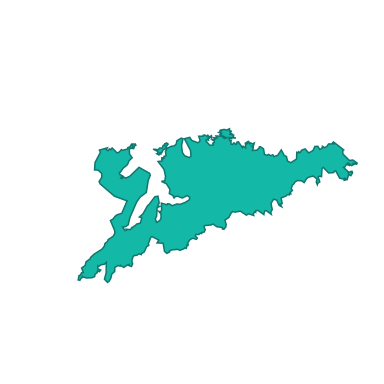 outline of Moskenes nor, Norway, rotated 229°
{"feature_id": "86288312B19862201560696", "entity_name": "Moskenes nor", "entity_type": "district", "adm_level": 2, "iso_a3": "NOR", "parent_name": "Norway", "parent_adm1": "", "projection": "albers", "projection_center": [12.984, 67.935], "detail": "fine", "context": "isolated", "style": "filled", "palette": "teal", "viewbox_px": 384, "rotation_deg": 229, "n_neighbors": 0, "source": "geoboundaries", "source_scale": "gbopen_adm2", "svg_char_len": 6096}
<svg xmlns="http://www.w3.org/2000/svg" viewBox="0 0 384 384"><g transform="rotate(229 192 192)"><path d="M284.4,149.6L282.1,149.0L277.9,138.2L272.6,132.9L270.2,135.5L265.3,136.0L262.3,133.6L260.8,128.7L258.3,128.0L239.7,130.7L227.9,137.2L222.0,125.1L224.0,120.3L224.1,118.0L223.4,114.5L224.0,111.7L213.8,108.4L211.6,106.9L210.3,103.4L211.1,97.4L210.2,96.1L210.2,92.4L208.7,90.6L207.9,86.4L209.3,77.5L209.2,73.1L208.4,70.8L208.9,66.4L206.6,63.1L207.1,58.8L202.5,57.2L203.5,55.6L202.5,53.3L203.1,51.9L200.3,48.4L198.9,49.4L200.1,53.3L199.2,52.6L199.7,53.7L196.3,56.0L192.9,60.3L192.0,63.0L193.5,64.8L193.3,67.7L194.5,69.0L192.6,69.9L193.0,71.9L195.9,70.5L198.0,72.3L197.1,72.5L196.7,75.9L195.0,78.2L195.1,81.2L187.3,74.1L183.6,68.7L179.2,68.9L179.0,70.7L180.0,73.9L182.7,77.7L182.7,81.5L185.7,84.2L185.1,87.8L183.2,89.1L183.6,89.9L179.8,91.0L179.4,95.2L178.6,96.9L178.3,95.9L175.5,97.4L176.7,100.0L179.5,101.4L181.8,104.9L182.1,106.3L180.3,109.2L180.3,111.2L178.1,112.6L178.7,113.0L178.1,116.6L180.5,121.8L180.1,124.4L181.7,125.2L184.7,130.9L184.7,132.5L177.5,135.4L176.5,132.2L172.3,136.6L165.3,132.3L162.2,132.7L161.4,135.7L162.4,136.4L161.3,139.2L158.0,143.7L156.0,144.5L154.4,148.8L154.6,149.9L153.2,150.7L155.2,153.3L154.3,153.7L154.8,154.6L156.4,155.5L157.4,159.4L156.6,162.2L153.4,164.3L153.7,165.8L156.7,165.7L157.4,167.0L155.4,169.3L155.5,171.3L154.3,172.0L154.8,173.1L153.8,175.0L154.9,177.4L157.9,178.1L158.3,179.6L154.7,184.6L154.0,186.9L149.6,187.9L145.4,191.5L144.0,190.7L143.2,191.4L143.7,191.5L143.1,192.8L143.3,194.3L145.0,196.5L149.2,198.4L148.6,203.0L150.5,208.0L150.4,210.2L148.7,211.1L145.8,215.9L138.8,217.9L138.5,220.3L133.8,223.2L135.2,223.7L135.8,226.3L134.9,226.7L136.1,227.6L134.8,229.7L127.8,231.4L129.3,233.3L129.9,235.0L129.5,235.7L123.2,237.2L125.2,238.2L126.0,241.0L131.5,244.1L133.0,248.8L130.4,250.6L124.7,249.0L122.1,250.0L125.0,250.7L124.1,252.5L129.0,255.3L127.3,260.4L127.4,262.4L126.0,263.5L126.9,264.7L125.7,265.2L127.3,266.3L127.3,268.8L129.4,269.1L131.4,272.3L131.2,273.7L132.0,276.5L131.4,279.2L128.6,282.0L125.5,282.8L126.8,287.0L126.8,289.3L124.5,294.0L119.8,294.8L118.0,292.3L115.3,291.4L116.0,292.5L115.8,295.1L120.6,297.1L120.5,298.4L118.6,299.8L124.4,305.5L124.5,307.2L116.7,307.6L113.8,311.5L114.2,313.7L113.5,314.3L105.6,312.5L101.9,315.2L101.0,314.5L100.1,316.4L101.3,316.6L99.6,317.3L102.4,321.6L100.1,322.6L101.1,325.7L102.9,325.5L101.9,326.8L103.3,325.6L103.6,321.8L104.1,323.3L111.2,322.5L110.6,324.1L111.6,326.7L108.2,328.5L111.5,327.7L111.6,328.8L107.3,329.6L106.6,332.1L107.7,332.3L106.2,333.5L107.3,333.4L105.1,334.8L105.5,335.6L110.6,334.4L112.5,331.5L121.8,330.8L124.5,333.2L124.3,334.1L137.0,331.6L136.8,330.3L135.5,330.4L138.7,326.5L137.9,323.9L138.4,321.2L140.2,320.7L139.6,320.5L140.4,319.5L139.7,319.1L140.2,316.3L144.0,316.9L145.8,314.6L143.9,310.6L144.9,305.7L150.3,305.7L151.7,302.0L150.8,299.9L151.4,299.4L150.5,299.1L152.5,298.9L152.1,297.6L153.2,297.1L148.3,292.5L149.3,285.8L152.7,284.4L156.9,286.6L159.0,285.6L165.2,287.0L163.5,280.8L165.0,277.0L167.1,277.4L167.7,275.2L170.2,274.5L170.3,272.7L172.9,271.4L177.7,274.3L181.4,273.3L181.9,272.5L181.2,271.6L181.0,268.3L183.7,264.9L185.1,267.3L187.2,267.2L186.2,268.2L188.1,271.1L188.5,269.4L190.6,268.4L190.5,267.2L192.8,267.9L192.4,266.2L193.6,266.6L193.5,264.7L194.4,264.0L192.0,264.7L193.0,263.8L190.1,261.4L193.1,260.6L192.4,259.1L199.4,260.0L200.2,258.6L199.1,257.5L199.2,256.2L201.1,256.2L201.8,255.4L201.1,253.9L202.5,252.9L205.0,254.9L204.9,256.0L205.4,254.4L206.7,254.3L207.7,254.9L206.7,256.4L208.5,256.0L203.9,260.4L206.7,259.0L207.6,260.8L210.2,258.8L209.8,260.2L211.4,259.6L212.5,260.2L211.8,260.6L212.2,261.5L214.0,260.6L215.1,261.8L216.2,258.5L218.0,257.5L218.9,256.1L219.0,254.2L219.8,254.6L220.1,253.5L218.9,252.7L219.3,251.4L216.9,252.9L217.0,250.8L210.2,253.5L211.1,251.6L214.6,251.0L218.6,246.8L216.3,246.3L218.7,244.1L216.7,244.0L218.1,241.5L216.1,242.3L214.8,241.4L215.2,239.7L213.5,238.8L215.6,236.1L221.2,236.0L222.2,237.1L220.3,238.4L222.1,239.3L221.3,240.4L222.0,241.0L221.7,242.1L219.2,241.9L221.8,243.6L222.2,241.0L224.4,241.2L224.0,240.0L226.8,238.9L227.5,237.7L226.8,236.9L229.7,233.7L225.6,231.9L225.0,230.0L225.4,228.7L231.2,225.6L234.7,226.2L237.2,221.2L224.2,218.1L219.6,214.6L219.9,212.4L224.3,210.2L228.2,210.7L233.8,214.5L238.1,220.1L239.7,219.3L240.6,214.2L238.5,211.4L238.5,208.6L240.0,206.6L241.4,201.8L243.0,201.8L243.8,205.4L245.6,205.1L246.3,203.0L245.0,201.9L246.1,201.1L244.8,198.0L246.4,196.5L246.2,194.1L249.9,190.8L245.1,192.7L243.7,191.7L244.0,190.5L241.6,191.4L241.9,192.8L241.3,193.2L242.6,193.6L241.4,194.7L242.7,198.0L242.0,200.4L240.6,200.6L240.2,198.7L236.3,196.1L237.3,194.2L235.9,193.3L237.6,191.7L236.8,190.9L236.4,192.1L235.1,189.6L237.3,186.4L227.3,185.7L221.2,182.3L218.1,178.7L219.8,176.6L219.5,176.1L214.9,178.1L208.3,177.0L205.7,173.8L202.0,175.3L199.5,174.5L199.1,174.9L199.8,176.1L198.2,178.4L193.8,180.7L192.4,186.1L189.5,186.8L187.9,184.9L188.6,180.0L190.5,174.9L192.9,172.7L194.6,168.1L197.7,167.2L199.2,165.8L198.8,164.7L203.7,161.6L198.5,157.4L197.5,155.2L199.2,154.3L195.7,154.1L192.6,151.5L191.6,149.0L192.3,145.3L195.9,146.8L197.0,149.5L203.1,155.4L202.3,158.2L204.0,156.9L205.2,160.0L211.2,163.6L212.8,160.8L210.8,151.7L210.8,149.4L207.7,140.6L207.7,135.9L205.5,137.2L202.4,132.6L204.2,129.0L203.8,127.2L204.4,125.2L204.1,123.5L204.7,123.2L203.9,120.9L207.1,118.0L206.2,117.6L206.7,116.2L211.0,116.6L209.4,119.2L209.1,122.3L213.4,128.3L220.8,143.8L222.2,149.6L221.6,157.2L229.4,166.5L232.0,171.4L233.8,172.3L245.4,168.2L244.7,155.2L246.1,150.9L248.7,150.2L247.9,148.2L249.2,147.2L249.9,149.7L249.1,150.4L252.7,149.0L254.3,150.0L253.9,150.9L255.1,155.3L255.0,161.3L256.9,165.1L257.1,169.3L261.5,169.7L265.5,172.8L265.3,174.5L266.6,175.8L266.6,177.8L264.5,176.8L264.5,175.0L263.0,176.5L264.5,178.7L264.1,180.3L265.4,180.7L267.8,177.9L266.8,174.8L267.6,172.7L266.7,171.6L269.1,166.8L270.3,166.6L269.9,163.1L270.7,161.1L277.6,160.6L277.4,158.8L278.2,158.6L277.8,158.5L277.5,158.3L278.7,157.9L278.2,155.8L280.3,155.0L280.9,157.0L284.4,149.6Z" fill="#14b8a6" stroke="#0f766e" stroke-width="1.5"/></g></svg>